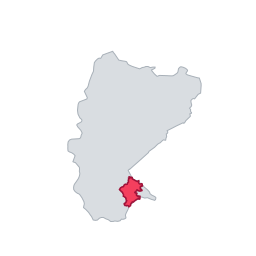 Poni, Poni, Burkina Faso (highlighted), rotated 319°
{"feature_id": "67063806B8041269423759", "entity_name": "Poni", "entity_type": "district", "adm_level": 2, "iso_a3": "BFA", "parent_name": "Burkina Faso", "parent_adm1": "Poni", "projection": "natural_earth1", "projection_center": [-3.327, 10.311], "detail": "fine", "context": "in_parent", "style": "filled", "palette": "rose", "viewbox_px": 256, "rotation_deg": 319, "n_neighbors": 0, "source": "geoboundaries", "source_scale": "gbopen_adm2", "svg_char_len": 7045}
<svg xmlns="http://www.w3.org/2000/svg" viewBox="0 0 256 256"><g transform="rotate(319 128 128)"><path d="M182.1,160.1L176.5,160.4L174.4,161.1L173.2,161.1L173.1,160.5L173.0,160.2L165.9,158.2L160.9,157.0L155.8,155.7L155.5,156.9L154.8,157.7L153.7,157.8L153.0,157.6L152.4,158.5L151.6,159.8L150.4,160.4L149.3,161.1L148.7,161.8L148.2,161.8L147.0,160.2L145.5,160.1L142.6,160.3L141.3,159.9L139.6,159.7L135.4,160.0L128.7,159.4L127.7,159.7L127.4,160.0L120.8,160.1L113.5,160.2L107.5,160.2L102.1,160.3L102.1,160.0L100.4,160.0L100.2,160.5L98.7,166.9L98.6,170.4L99.4,172.5L100.3,173.9L101.3,174.4L101.4,175.2L100.6,176.2L100.7,177.2L101.6,178.3L101.8,179.4L101.4,180.5L101.5,183.3L102.2,187.8L102.2,190.6L101.5,191.9L101.9,194.2L103.2,197.3L103.4,198.7L102.9,199.3L101.8,200.1L100.7,200.1L99.5,198.2L98.9,197.3L97.9,195.4L97.0,193.4L95.8,192.6L94.6,191.8L93.2,189.3L91.8,188.1L90.4,188.5L88.3,188.0L84.0,187.4L79.4,187.6L77.5,188.1L75.6,189.0L70.8,191.0L68.9,192.0L67.5,194.5L65.9,194.4L64.3,193.6L63.3,192.5L61.1,192.8L59.0,191.7L57.0,189.5L55.5,188.8L53.6,187.2L53.0,184.3L51.8,182.2L50.7,179.3L49.1,178.0L47.2,177.3L44.5,177.4L42.8,176.3L41.4,174.6L41.8,173.1L42.4,171.0L42.5,169.0L42.9,165.8L42.7,161.7L42.2,158.9L43.7,157.7L45.3,156.6L46.4,154.7L47.5,150.4L47.9,146.6L47.6,145.2L47.0,144.1L46.6,142.5L46.4,140.6L46.7,138.8L47.9,137.2L49.5,135.9L50.7,135.3L53.7,134.6L57.4,133.6L59.6,132.5L61.1,131.4L62.0,130.5L62.9,128.7L64.4,127.3L65.5,125.8L65.6,121.9L65.6,119.6L64.8,118.4L64.3,117.3L69.9,114.2L69.9,112.0L69.2,109.6L68.1,107.6L67.7,105.9L69.2,103.9L70.6,102.4L71.6,101.1L73.7,99.2L76.0,98.7L78.1,99.4L84.1,104.0L85.2,104.3L86.4,103.9L88.0,102.7L90.1,101.8L90.9,98.7L90.8,94.2L91.3,92.1L92.4,91.8L95.8,92.6L96.8,92.7L97.8,92.4L98.5,91.6L98.5,90.1L98.3,88.8L99.4,84.7L101.5,81.5L105.7,77.6L107.0,76.8L108.5,76.4L116.0,79.1L117.2,78.4L119.1,71.7L121.1,71.1L123.5,71.0L125.1,70.4L125.9,69.9L129.5,67.4L135.8,64.0L139.2,62.5L139.8,61.9L142.2,59.5L145.5,56.6L147.5,56.1L150.3,55.9L152.1,56.3L152.6,57.1L153.2,57.5L156.9,56.3L162.2,58.3L166.8,60.1L166.5,61.3L166.5,63.4L166.1,66.7L165.6,70.7L167.5,73.3L169.8,76.0L170.4,77.1L169.8,79.9L170.3,81.5L171.5,84.1L173.5,87.5L175.6,91.0L177.1,91.4L178.5,91.7L179.3,92.3L180.5,92.9L181.8,93.3L182.8,94.1L183.5,94.8L184.4,97.0L186.8,98.4L188.4,99.8L187.7,100.5L185.7,100.2L183.8,99.6L183.5,100.6L183.4,104.6L183.8,107.9L184.2,108.3L186.2,108.9L190.8,113.2L195.0,117.2L196.4,118.2L198.8,118.6L201.4,118.8L202.5,118.4L205.0,116.4L206.3,116.2L207.5,116.2L208.2,116.6L209.4,118.2L210.6,120.7L210.9,122.6L210.8,123.5L210.4,123.9L208.4,124.4L207.5,124.8L207.3,125.3L207.6,126.6L208.0,127.4L210.3,131.0L213.5,135.8L214.6,137.1L214.0,138.5L212.4,142.3L211.1,143.9L205.7,149.3L203.0,148.6L197.4,149.7L196.5,148.5L195.2,148.3L193.6,148.5L193.0,149.0L192.8,149.5L192.2,150.3L191.2,152.4L190.4,153.0L189.4,153.3L188.2,153.3L187.4,153.5L187.4,154.6L187.2,155.5L186.4,156.0L186.0,157.0L186.1,158.0L185.6,158.5L184.6,158.2L183.9,157.9L183.3,159.2L182.6,160.1L182.1,160.1Z" fill="#d9dde1" stroke="#a8b0b8" stroke-width="1"/><path d="M81.3,168.8L81.4,169.1L81.2,169.4L81.1,169.8L81.3,170.1L81.3,170.3L81.2,170.6L81.3,171.0L81.4,171.3L81.3,171.5L81.2,171.9L81.2,172.0L81.3,172.1L81.5,172.2L81.6,172.4L81.6,172.5L81.6,173.0L81.5,173.3L81.2,173.8L81.1,174.1L81.1,174.4L81.1,174.7L81.1,174.8L81.0,175.1L80.9,175.3L80.3,175.9L79.9,176.3L79.7,176.5L80.0,176.9L80.1,177.1L80.1,177.3L80.1,177.5L80.2,177.9L80.2,178.2L80.5,178.5L80.5,178.8L80.5,179.0L80.5,179.4L80.4,179.6L80.1,179.7L80.0,180.3L79.4,181.0L79.3,181.4L79.3,182.1L79.2,182.1L78.8,182.1L78.7,182.1L78.3,182.3L78.1,182.6L77.8,182.6L77.6,182.8L77.3,182.8L77.1,182.9L76.9,183.0L76.7,182.9L76.5,182.7L76.4,182.7L76.1,182.8L76.0,182.7L75.9,182.6L75.5,182.6L75.3,182.7L74.9,183.8L74.9,184.1L74.9,184.4L74.9,184.6L75.1,184.7L75.2,184.8L75.4,185.0L75.5,185.0L75.7,185.5L75.8,185.7L76.0,185.7L76.1,185.9L76.3,185.9L76.4,186.0L76.5,186.0L76.8,186.3L76.9,186.5L77.0,186.6L77.2,186.9L77.2,187.0L77.1,187.3L77.1,187.5L77.1,187.8L77.0,188.0L78.4,188.2L78.9,188.3L79.0,188.3L79.4,187.7L79.7,187.5L79.8,187.4L80.2,187.2L80.8,187.0L81.1,187.0L81.2,186.9L81.8,187.0L82.0,187.0L82.5,186.6L82.9,186.7L83.1,186.9L83.6,187.5L84.0,187.4L84.3,187.4L84.7,187.3L85.3,187.4L85.7,187.4L85.9,187.4L86.4,187.4L86.6,187.4L87.2,187.6L87.5,187.7L87.9,187.6L88.0,187.6L88.7,187.9L88.9,188.0L89.1,188.2L89.7,187.9L89.8,188.0L89.9,188.3L89.9,188.5L89.7,188.9L89.7,189.0L89.9,189.2L90.2,189.2L90.4,189.1L90.6,189.2L91.0,188.7L91.3,188.4L91.5,188.1L91.8,188.0L92.0,187.8L92.0,187.5L92.1,187.4L92.3,187.3L92.3,187.2L92.2,187.1L91.9,187.1L91.7,187.0L91.6,186.9L91.5,186.6L91.4,186.6L91.4,186.3L91.4,186.2L91.2,186.1L90.9,186.3L90.6,186.3L90.5,186.2L90.4,186.0L90.4,185.9L90.6,185.5L90.6,185.4L90.6,185.1L90.3,184.9L90.2,184.6L90.3,184.3L90.5,184.3L90.6,184.1L90.8,183.6L91.0,183.4L91.3,183.5L91.7,183.4L91.8,183.3L91.9,183.2L91.9,182.9L91.9,182.7L91.7,182.5L91.6,182.4L91.3,182.3L91.2,182.1L90.9,181.8L90.8,181.3L90.8,181.2L91.3,181.0L91.5,180.9L92.0,181.0L92.4,180.9L93.1,181.1L93.5,181.0L93.7,180.9L93.8,180.8L93.9,181.0L94.0,180.9L94.3,180.8L94.4,181.1L94.5,181.1L94.6,181.4L94.6,181.6L94.6,181.8L94.8,182.1L94.7,182.2L94.7,182.3L94.9,182.4L94.9,182.5L95.1,182.9L95.2,183.0L95.3,183.2L95.7,183.4L95.7,183.5L95.8,183.6L96.0,183.6L96.3,183.7L96.2,183.8L96.4,183.9L96.5,184.0L96.8,184.1L97.1,184.1L97.2,184.3L97.4,184.4L97.5,184.4L97.6,184.1L97.8,183.8L97.9,183.5L97.9,183.4L97.8,183.1L97.8,182.8L97.4,182.5L97.2,182.1L97.3,181.9L97.5,181.7L98.1,181.4L98.1,181.1L98.3,181.0L98.3,180.9L98.3,180.7L98.5,180.5L99.1,180.4L99.8,180.4L99.8,180.5L99.8,180.8L100.2,181.1L100.3,181.1L100.6,181.2L101.1,181.0L101.1,180.8L101.2,180.5L101.7,179.9L101.9,179.6L101.9,179.4L101.9,179.2L101.6,178.8L100.9,178.5L100.2,178.0L100.0,177.7L99.9,177.3L99.9,177.1L100.1,176.7L100.2,175.9L100.3,175.6L100.5,175.4L101.0,175.5L101.1,175.3L101.3,175.3L101.5,175.0L101.6,174.8L101.4,174.7L100.9,174.7L100.5,174.5L100.1,174.3L99.7,174.1L99.6,173.9L99.4,173.4L99.3,172.9L99.2,172.8L99.0,172.5L98.8,172.0L98.8,171.5L98.6,171.3L98.4,170.6L98.0,169.8L97.9,169.4L97.9,169.2L98.0,169.0L98.4,168.6L98.5,168.5L98.6,168.3L98.7,168.0L98.6,167.8L98.5,167.7L98.2,167.7L98.0,167.4L97.9,167.4L97.6,167.4L97.5,167.0L97.5,166.9L97.4,166.9L97.5,166.7L97.5,166.4L97.3,166.3L97.1,166.3L96.9,166.4L97.0,166.0L96.9,166.0L96.8,165.8L96.5,166.1L96.4,166.3L96.3,166.6L96.2,166.6L95.9,166.6L95.9,166.4L95.8,166.5L95.6,166.4L95.6,166.5L95.2,166.8L95.0,167.0L94.9,167.0L94.7,167.1L94.3,167.4L94.3,167.5L94.0,167.6L93.8,167.8L93.7,167.9L93.6,168.0L93.5,168.3L93.1,168.7L93.0,169.0L92.8,169.0L92.6,169.1L92.3,169.1L92.1,169.2L91.7,169.1L91.4,169.3L91.2,169.5L90.9,169.7L90.5,169.9L90.4,169.8L89.7,169.4L89.5,169.2L89.4,169.0L89.1,168.6L88.7,168.6L87.8,168.5L87.7,168.5L87.4,168.7L87.1,168.8L86.7,168.9L86.7,169.0L86.1,169.3L85.8,169.1L85.6,169.0L85.5,168.9L85.3,168.8L85.1,168.8L84.8,168.5L84.6,168.5L84.3,168.5L84.0,168.4L83.7,168.4L83.1,168.2L83.0,168.3L82.7,168.5L82.3,168.5L82.2,168.6L81.6,168.7L81.3,168.8Z" fill="#f43f5e" stroke="#9f1239" stroke-width="1.5"/></g></svg>